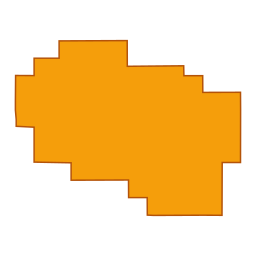 outline of Crook, Oregon, United States of America
{"feature_id": "52423323B85535624686222", "entity_name": "Crook", "entity_type": "district", "adm_level": 2, "iso_a3": "USA", "parent_name": "United States of America", "parent_adm1": "Oregon", "projection": "equal_earth", "projection_center": [-120.413, 44.131], "detail": "fine", "context": "isolated", "style": "filled", "palette": "amber", "viewbox_px": 256, "rotation_deg": 0, "n_neighbors": 0, "source": "geoboundaries", "source_scale": "gbopen_adm2", "svg_char_len": 478}
<svg xmlns="http://www.w3.org/2000/svg" viewBox="0 0 256 256"><path d="M240.5,92.3L202.8,92.4L202.7,75.7L183.9,75.7L183.7,65.8L127.3,66.3L127.2,40.6L59.1,40.9L59.1,58.2L34.1,58.2L34.1,75.6L15.6,75.5L15.4,101.4L15.4,110.1L16.2,119.6L16.2,126.3L34.1,127.2L34.1,162.1L71.1,162.8L71.1,180.2L128.5,180.0L128.6,197.6L147.2,197.6L147.3,215.1L153.6,215.4L203.4,215.2L222.0,215.3L222.2,162.5L240.5,162.5L240.6,109.8L240.5,92.3Z" fill="#f59e0b" stroke="#b45309" stroke-width="1.5"/></svg>